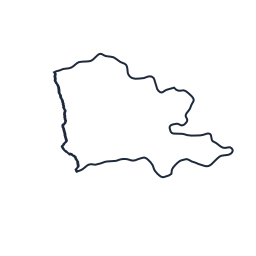 Paraiso, Barahona, Dominican Republic, rotated 134°
{"feature_id": "3306468B48518984773258", "entity_name": "Paraiso", "entity_type": "district", "adm_level": 2, "iso_a3": "DOM", "parent_name": "Dominican Republic", "parent_adm1": "Barahona", "projection": "mercator", "projection_center": [-71.185, 18.039], "detail": "fine", "context": "isolated", "style": "outline", "palette": "slate", "viewbox_px": 256, "rotation_deg": 134, "n_neighbors": 0, "source": "geoboundaries", "source_scale": "gbopen_adm2", "svg_char_len": 5960}
<svg xmlns="http://www.w3.org/2000/svg" viewBox="0 0 256 256"><g transform="rotate(134 128 128)"><path d="M139.2,219.8L139.2,218.5L139.5,218.5L139.5,217.8L139.8,217.8L139.8,217.5L140.1,217.5L140.1,217.2L140.7,217.2L140.7,216.9L141.3,216.9L141.3,216.6L141.6,216.6L141.6,216.3L141.9,216.3L141.9,216.0L142.2,216.0L142.2,215.7L142.4,215.7L142.4,215.1L142.7,215.1L142.7,214.7L143.0,214.7L143.0,214.4L143.3,214.4L143.3,214.1L143.9,214.1L143.9,213.8L144.2,213.8L144.2,213.5L144.5,213.5L144.5,213.2L144.8,213.2L144.8,212.3L145.1,212.3L145.1,211.3L145.4,211.3L145.4,210.7L145.7,210.7L145.7,208.8L146.0,208.8L146.0,207.9L146.3,207.9L146.3,207.3L146.6,207.3L146.6,206.7L146.9,206.7L146.9,206.0L147.2,206.0L147.2,205.7L147.5,205.7L147.5,205.4L147.8,205.4L147.8,204.8L148.1,204.8L148.1,204.5L148.4,204.5L148.4,204.2L148.7,204.2L148.7,203.9L148.9,203.9L148.9,203.6L149.2,203.6L149.2,203.3L149.5,203.3L149.5,202.9L149.8,202.9L149.8,202.6L150.1,202.6L150.1,202.3L150.4,202.3L150.4,202.0L150.7,202.0L150.7,201.1L151.0,201.1L151.0,200.1L151.3,200.1L151.3,199.2L151.6,199.2L151.6,198.9L151.9,198.9L151.9,198.6L152.2,198.6L152.2,198.0L152.5,198.0L152.5,197.7L152.8,197.7L152.8,197.0L153.1,197.0L153.1,195.8L153.4,195.8L153.4,194.9L153.7,194.9L153.7,194.2L154.0,194.2L154.0,193.9L154.3,193.9L154.3,193.3L154.6,193.3L154.6,193.0L154.9,193.0L154.9,192.4L155.2,192.4L155.2,191.8L155.4,191.8L155.4,191.4L156.0,191.4L156.0,190.8L156.3,190.8L156.3,190.2L156.6,190.2L156.6,189.9L156.9,189.9L156.9,189.3L157.2,189.3L157.2,189.0L157.8,189.0L157.8,188.7L158.1,188.7L158.1,188.0L158.4,188.0L158.4,187.1L158.7,187.1L158.7,186.2L159.0,186.2L159.0,185.2L159.3,185.2L159.3,184.9L159.9,184.9L159.9,184.6L160.5,184.6L160.5,184.3L161.1,184.3L161.1,184.0L161.4,184.0L161.4,183.7L161.7,183.7L161.7,183.4L162.2,183.4L162.2,183.1L162.5,183.1L162.5,182.7L162.8,182.7L162.8,182.1L163.1,182.1L163.1,181.8L163.4,181.8L163.4,181.5L163.7,181.5L163.7,181.2L164.3,181.2L164.3,180.6L164.6,180.6L164.6,180.0L164.9,180.0L164.9,179.6L165.5,179.6L165.5,178.7L165.8,178.7L165.8,178.1L166.1,178.1L166.1,177.8L166.4,177.8L166.4,177.5L167.0,177.5L167.0,177.2L167.9,177.2L167.9,176.8L168.4,176.8L168.4,176.5L169.9,176.5L169.9,176.8L170.8,176.8L170.8,177.2L171.1,177.2L171.1,176.8L171.4,176.8L171.4,176.5L171.7,176.5L171.7,176.2L172.0,176.2L172.0,175.9L172.3,175.9L172.3,175.6L172.6,175.6L172.6,175.0L172.9,175.0L172.9,174.1L173.2,174.1L173.2,173.7L173.5,173.7L173.5,173.1L173.8,173.1L173.8,172.8L174.1,172.8L174.1,172.2L174.4,172.2L174.4,171.9L174.7,171.9L174.7,171.3L174.9,171.3L174.9,170.9L175.2,170.9L175.2,170.3L175.5,170.3L175.5,170.0L175.8,170.0L175.8,169.4L176.1,169.4L176.1,169.1L176.4,169.1L176.4,168.5L177.0,168.5L177.0,168.1L177.3,168.1L177.3,167.5L177.6,167.5L177.6,166.9L177.9,166.9L177.9,166.6L178.2,166.6L178.2,166.0L178.5,166.0L178.5,165.4L178.8,165.4L178.8,165.0L179.1,165.0L179.1,164.4L179.4,164.4L179.4,163.8L179.7,163.8L179.7,163.5L180.0,163.5L180.0,163.2L180.6,163.2L180.6,162.9L181.7,162.9L181.7,163.2L184.1,163.2L184.1,162.9L184.7,162.9L184.7,162.6L185.0,162.6L185.0,162.9L186.8,162.9L186.8,162.6L187.1,162.6L187.1,162.2L187.4,162.2L187.4,161.3L187.7,161.3L187.7,160.4L187.9,160.4L187.9,159.4L188.2,159.4L188.2,156.7L187.9,156.7L187.9,156.0L187.7,156.0L187.7,152.0L187.1,152.0L187.1,151.4L186.5,151.4L186.5,150.4L186.2,150.4L186.2,150.1L185.9,150.1L185.9,149.8L186.2,149.8L186.2,148.9L185.9,148.9L185.9,147.3L185.6,147.3L185.6,147.0L185.3,147.0L185.3,145.8L185.6,145.8L185.6,145.5L185.9,145.5L185.9,144.8L186.2,144.8L186.2,143.9L186.5,143.9L186.5,143.3L186.8,143.3L186.8,143.0L186.5,143.0L186.5,142.7L186.8,142.7L186.8,141.7L187.1,141.7L187.1,140.5L187.4,140.5L187.4,140.2L188.2,140.2L188.2,139.3L188.8,139.3L188.8,138.6L189.1,138.6L189.1,138.3L189.4,138.3L189.4,137.7L189.7,137.7L189.7,137.4L190.3,137.4L190.3,137.1L190.6,137.1L190.6,136.8L193.9,136.8L193.9,136.5L194.2,136.5L194.2,135.5L194.7,135.5L194.7,135.2L195.0,135.2L195.1,134.5L190.5,132.4L188.3,131.9L183.1,131.3L181.1,130.5L179.5,129.2L177.7,126.7L176.8,125.8L172.3,123.0L168.4,121.1L166.5,119.7L160.2,114.0L158.9,113.2L156.3,111.9L154.4,110.6L152.7,109.0L151.2,107.2L150.4,105.9L149.1,103.3L148.3,102.2L147.3,101.2L146.2,100.4L142.4,98.6L139.0,96.6L138.0,95.8L137.4,94.6L137.0,93.2L136.9,91.0L137.0,88.0L137.5,85.0L138.0,83.6L139.6,80.6L140.2,78.4L140.5,74.6L140.2,70.9L139.4,69.0L138.4,68.1L134.3,65.9L133.0,65.4L130.8,65.0L128.0,67.1L126.6,67.7L125.0,68.1L121.7,68.3L118.4,68.2L115.9,67.8L114.5,67.3L110.5,64.9L109.6,64.0L109.2,63.5L108.7,62.2L107.8,58.9L106.0,55.2L105.0,52.4L101.9,46.2L101.0,45.0L100.0,44.1L98.8,43.4L96.5,42.8L88.4,42.6L85.1,42.3L83.6,41.8L82.3,41.0L78.1,37.6L76.8,36.8L74.8,36.2L73.4,36.2L72.1,36.6L71.5,37.0L70.8,38.2L70.7,39.5L70.9,40.8L71.6,41.9L74.5,44.0L75.4,44.9L76.2,46.1L76.9,48.2L77.6,54.2L78.6,57.8L78.6,58.4L78.2,59.6L75.6,63.3L75.3,64.5L75.7,65.7L76.4,66.7L77.4,67.4L80.4,69.0L83.0,70.8L85.9,73.6L89.4,77.1L91.8,80.2L93.5,83.4L94.4,84.8L100.3,91.3L101.0,92.6L101.1,93.3L101.0,94.5L100.5,95.7L99.0,98.2L97.9,98.9L97.2,99.1L95.9,99.0L94.1,98.1L91.1,95.9L90.3,94.9L89.1,91.5L88.2,90.6L86.3,89.9L83.5,89.9L82.2,90.2L81.1,90.9L80.5,91.9L79.5,94.6L79.1,95.1L78.0,95.7L76.8,96.1L72.4,96.6L71.0,96.9L67.2,98.5L63.3,99.5L62.2,100.2L61.8,100.8L61.2,102.1L60.9,104.4L61.0,109.2L61.4,112.3L62.3,114.2L65.1,116.5L66.3,118.0L67.0,120.0L67.0,122.9L73.6,126.7L74.9,127.2L77.5,127.8L78.7,128.2L79.2,128.7L79.9,129.8L80.1,131.9L79.7,134.0L74.7,143.0L74.3,144.3L74.4,145.8L74.8,147.1L76.2,148.7L77.3,149.4L81.1,151.3L84.7,154.3L87.5,157.0L88.4,158.3L89.4,160.3L89.6,161.8L89.6,163.3L89.0,165.5L88.3,166.7L85.6,169.9L84.5,171.6L84.0,172.9L84.0,174.3L84.3,175.6L85.8,179.3L86.7,185.3L87.2,187.5L88.4,189.5L91.6,193.8L92.2,195.2L92.9,197.7L93.4,198.9L94.4,199.8L95.6,200.3L97.7,200.5L102.9,200.7L105.1,201.2L106.5,202.0L107.7,202.9L112.2,207.1L114.6,209.0L116.7,209.7L121.9,210.3L124.1,210.9L126.1,212.0L129.8,215.0L131.0,215.8L133.7,217.0L137.3,219.1L139.2,219.8Z" fill="none" stroke="#1e293b" stroke-width="2"/></g></svg>